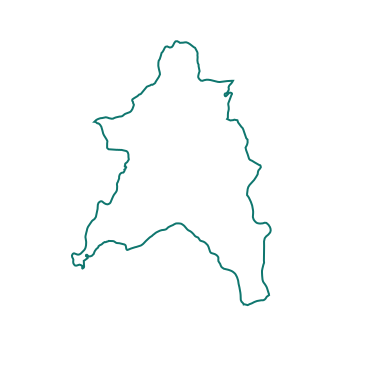 the district of Mueang Yala, Yala, Thailand, rotated 212°
{"feature_id": "78962969B27848698436248", "entity_name": "Mueang Yala", "entity_type": "district", "adm_level": 2, "iso_a3": "THA", "parent_name": "Thailand", "parent_adm1": "Yala", "projection": "natural_earth1", "projection_center": [101.257, 6.565], "detail": "fine", "context": "isolated", "style": "outline", "palette": "teal", "viewbox_px": 384, "rotation_deg": 212, "n_neighbors": 0, "source": "geoboundaries", "source_scale": "gbopen_adm2", "svg_char_len": 6058}
<svg xmlns="http://www.w3.org/2000/svg" viewBox="0 0 384 384"><g transform="rotate(212 192 192)"><path d="M84.8,125.6L83.6,127.6L82.4,129.1L80.8,131.8L79.1,134.0L76.0,136.8L74.6,137.7L73.9,138.3L73.3,139.6L73.1,140.5L73.1,142.8L72.0,145.4L72.6,146.0L72.7,146.3L73.4,146.8L77.5,150.3L78.8,151.2L81.0,152.3L83.3,153.2L84.4,153.8L85.8,155.1L88.1,158.1L89.9,160.7L90.9,162.3L91.7,164.4L92.9,168.1L93.4,170.2L94.7,172.0L102.1,184.2L104.8,188.4L105.8,191.3L105.6,193.6L104.7,196.3L104.3,199.1L104.8,200.9L105.8,202.3L107.2,203.5L109.7,204.7L112.5,205.2L114.0,204.5L115.4,202.9L117.4,201.4L118.8,200.7L120.3,200.2L121.7,200.2L123.4,200.6L125.1,201.3L127.1,203.0L128.7,206.0L129.7,207.7L130.7,209.0L133.8,212.4L136.8,214.8L140.5,217.2L142.1,218.0L143.6,218.5L144.4,219.8L146.3,223.9L146.9,226.0L146.9,228.5L145.7,235.1L145.6,238.9L145.7,241.8L146.7,244.0L147.1,245.6L146.7,248.0L146.8,249.6L148.0,250.7L148.6,250.8L149.2,250.5L154.6,250.3L157.5,250.3L159.8,250.0L161.2,250.4L164.8,253.5L168.2,256.1L170.1,258.0L170.2,259.6L170.4,261.4L171.1,263.5L172.7,265.9L174.4,266.3L180.1,270.9L181.4,272.0L182.9,273.0L184.6,273.4L189.7,275.4L191.5,276.9L194.5,275.7L195.0,274.9L197.4,273.0L200.9,272.5L200.9,273.5L201.0,274.1L202.5,276.5L203.7,278.8L203.9,279.6L204.7,281.7L205.9,283.5L207.6,285.4L208.2,286.4L208.5,287.9L210.0,295.4L210.0,296.3L210.2,296.6L210.9,296.9L211.4,296.8L212.5,296.4L213.0,295.7L213.8,291.8L214.1,291.1L214.3,291.0L214.8,290.9L215.5,291.3L216.1,292.2L216.1,293.0L215.6,293.5L215.1,294.3L214.8,295.3L214.9,297.7L215.1,298.4L215.7,299.3L216.5,300.2L216.8,301.7L216.7,302.9L216.3,304.5L216.1,306.3L216.2,308.0L217.0,307.5L221.1,304.6L226.7,300.0L228.4,299.1L235.5,296.8L237.7,295.8L239.3,294.8L240.9,293.3L242.0,291.9L243.5,291.2L245.6,291.6L247.3,292.4L248.1,293.5L249.0,296.0L249.6,298.5L253.1,302.2L253.9,303.5L255.5,304.5L257.1,306.4L258.8,309.5L259.7,310.6L260.8,312.6L261.7,313.5L265.8,315.9L267.3,315.8L272.0,316.3L274.3,316.3L276.2,315.9L277.5,315.0L278.7,313.9L279.9,313.1L281.3,312.1L282.8,312.2L284.5,312.0L285.8,311.0L286.0,309.2L285.7,305.8L286.0,304.1L287.3,302.8L288.8,302.5L290.2,302.3L291.4,301.1L291.5,299.6L291.2,296.9L291.2,295.1L291.5,293.8L290.7,291.3L289.8,287.7L289.8,285.7L289.0,283.8L287.4,281.1L285.1,278.6L282.7,276.3L281.5,274.8L281.1,272.0L281.2,266.0L281.0,265.2L281.2,264.3L281.7,263.2L282.3,262.0L282.9,261.8L283.4,261.4L283.9,260.3L285.5,258.2L286.1,257.3L287.3,248.2L287.8,247.3L288.3,246.9L288.5,246.5L288.7,245.6L289.1,244.3L290.8,240.9L291.4,239.5L291.6,238.9L291.4,238.2L291.0,237.7L289.8,237.1L288.8,236.0L287.6,235.3L287.3,234.6L286.5,230.9L286.5,228.5L286.8,227.4L287.2,226.6L290.1,222.8L290.6,221.6L291.2,219.7L291.5,219.2L292.2,218.5L293.5,217.5L296.2,214.8L297.1,213.6L297.9,212.3L299.1,211.5L301.6,210.6L303.1,210.3L304.7,209.7L307.4,207.1L308.8,206.0L310.2,204.3L311.3,202.5L312.0,199.8L311.2,200.2L310.4,200.3L309.3,200.1L308.6,200.1L307.7,200.6L306.6,200.5L305.6,200.3L303.5,199.3L300.7,196.8L298.3,194.5L296.6,193.4L292.3,191.3L290.7,190.3L289.8,188.4L288.1,185.6L287.4,184.5L286.6,184.2L285.3,184.1L278.9,187.5L273.9,190.4L269.5,191.9L268.3,191.9L267.1,191.3L265.8,190.1L264.3,187.8L262.9,186.2L262.8,185.6L262.8,183.1L263.2,181.8L263.5,181.2L263.6,180.6L263.3,179.8L262.8,179.4L262.7,179.1L262.8,178.4L262.6,178.1L261.9,177.9L261.0,178.2L260.9,178.1L261.0,177.4L260.7,176.6L261.2,175.2L260.7,174.9L260.5,174.6L260.4,172.5L260.6,172.0L261.5,171.4L261.8,170.9L262.3,170.1L262.5,169.0L262.4,167.8L261.9,166.3L261.0,164.9L260.2,161.1L260.2,160.1L259.8,158.9L259.5,158.4L258.5,157.2L257.1,154.7L256.5,153.2L256.4,151.5L256.7,148.4L256.6,146.7L256.3,144.5L255.6,140.1L255.6,139.4L255.9,138.4L256.6,137.3L257.1,136.8L258.5,136.2L260.3,136.0L262.9,136.3L263.5,136.3L264.3,135.9L264.9,135.1L265.3,134.1L265.5,133.4L265.4,132.6L265.1,131.3L263.1,127.6L260.5,120.5L260.3,119.8L260.3,118.9L260.4,117.3L261.2,115.3L261.4,114.6L261.5,113.8L261.7,108.2L261.7,107.2L261.4,105.4L260.5,102.9L260.3,102.1L259.1,98.6L258.5,97.3L255.7,94.1L255.1,93.3L253.6,90.6L252.8,88.4L252.6,87.0L252.6,85.8L252.9,84.4L253.7,80.8L254.3,79.6L255.0,78.8L256.1,78.2L259.5,77.5L260.0,77.0L260.3,76.2L260.2,74.7L260.0,74.3L259.1,73.3L257.6,72.4L256.8,71.8L255.8,69.9L255.2,69.1L254.7,68.6L254.0,68.2L252.9,67.8L252.3,67.7L251.7,67.9L250.9,68.4L249.0,70.7L248.5,70.9L246.8,71.2L246.1,71.2L245.9,71.0L244.6,69.1L244.3,69.1L244.0,69.6L243.7,70.7L243.9,71.4L247.3,76.3L246.7,77.5L245.5,80.6L245.5,80.9L246.6,81.4L248.0,81.5L248.3,82.0L248.4,82.6L248.1,82.9L247.7,83.1L245.9,82.7L245.1,82.9L244.7,83.1L243.9,83.8L243.0,85.1L242.8,86.4L242.5,87.3L242.7,88.0L242.8,88.8L243.0,89.5L243.1,90.9L243.0,91.6L243.0,92.5L242.7,93.7L242.3,94.7L242.3,95.5L242.5,96.6L241.9,98.1L240.9,99.6L240.2,102.0L239.5,103.3L238.8,103.6L238.4,104.0L238.1,104.6L237.2,105.4L236.8,106.3L233.0,108.5L232.1,108.8L231.1,108.8L229.7,108.7L228.7,108.9L226.4,110.1L221.5,111.7L220.6,111.7L220.0,111.5L219.2,110.8L217.9,109.3L217.2,108.7L216.9,108.6L216.3,108.5L215.9,108.8L213.8,111.7L211.0,115.0L210.1,115.9L207.2,119.3L206.7,120.1L205.9,122.2L205.1,126.2L203.8,131.0L203.1,132.6L202.8,133.1L202.1,135.6L201.7,136.4L201.5,137.2L200.8,138.9L198.8,142.1L197.3,143.8L196.6,144.3L195.1,145.6L194.2,146.7L194.0,147.3L193.4,149.6L192.1,151.8L190.6,153.9L190.2,154.8L189.1,156.6L188.4,157.2L186.9,158.2L185.5,158.9L184.5,159.3L183.5,159.4L181.4,159.3L180.4,159.1L176.3,157.8L174.8,157.6L172.7,157.8L171.1,157.7L168.8,157.2L166.2,156.3L165.3,156.2L162.6,156.6L159.5,155.2L158.9,155.2L155.8,156.0L153.9,156.0L152.5,155.7L150.5,155.2L148.9,154.2L145.2,151.1L144.7,150.8L143.9,150.5L143.2,150.5L139.9,151.4L138.2,151.5L136.8,151.3L135.8,150.9L135.3,150.7L134.7,150.1L133.8,148.5L132.9,147.3L129.8,145.8L129.0,145.1L127.9,144.4L127.1,144.0L126.3,143.9L124.4,143.8L119.9,145.3L117.7,145.8L116.2,146.0L115.0,146.0L113.4,145.8L112.0,145.5L110.6,144.8L108.5,143.5L106.0,141.4L103.9,138.9L101.2,136.2L97.6,132.2L96.2,130.4L93.7,126.7L93.3,126.2L92.7,125.8L91.8,125.2L91.1,125.1L89.1,124.5L88.6,124.0L88.1,124.5L86.7,125.0L84.8,125.6Z" fill="none" stroke="#0f766e" stroke-width="2"/></g></svg>